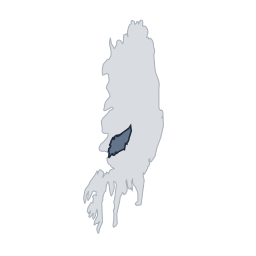 location of Húnavatnshreppur, Norðurland vestra, Iceland, rotated 279°
{"feature_id": "244011B27584551294957", "entity_name": "Húnavatnshreppur", "entity_type": "district", "adm_level": 2, "iso_a3": "ISL", "parent_name": "Iceland", "parent_adm1": "Norðurland vestra", "projection": "equal_earth", "projection_center": [-19.834, 65.207], "detail": "fine", "context": "in_parent", "style": "filled", "palette": "slate", "viewbox_px": 256, "rotation_deg": 279, "n_neighbors": 0, "source": "geoboundaries", "source_scale": "gbopen_adm2", "svg_char_len": 6335}
<svg xmlns="http://www.w3.org/2000/svg" viewBox="0 0 256 256"><g transform="rotate(279 128 128)"><path d="M196.0,99.7L198.3,99.8L202.0,99.0L207.2,96.9L209.4,96.4L214.5,96.4L208.4,98.5L206.2,100.8L204.5,101.9L204.6,102.4L209.0,103.8L211.1,103.3L212.0,103.5L212.9,104.2L213.5,105.5L213.2,106.8L212.0,108.2L210.4,109.4L210.6,109.7L212.0,109.9L219.2,109.2L220.1,110.9L220.8,111.5L220.6,112.0L217.8,113.8L221.2,112.7L223.8,112.4L228.4,112.9L230.4,113.6L231.5,114.8L233.8,114.4L234.9,115.1L234.9,115.8L234.0,117.7L231.4,118.7L233.1,120.1L234.5,120.1L234.7,120.4L234.6,121.3L232.6,122.2L236.1,123.3L236.6,123.7L236.4,125.0L235.9,125.7L234.8,126.1L232.4,126.2L230.8,126.7L231.4,127.4L231.0,129.6L229.2,131.3L227.4,132.2L225.6,132.8L220.5,132.2L220.8,133.7L219.1,134.6L219.4,135.4L220.1,135.8L219.8,136.8L217.6,138.9L216.0,139.6L212.8,140.4L208.3,142.3L203.5,142.2L192.0,145.0L187.5,146.4L179.5,150.9L176.0,152.0L170.1,152.6L152.3,155.5L150.4,157.3L150.3,157.7L151.1,158.4L149.8,159.6L147.1,160.5L145.8,160.5L143.6,159.7L143.3,160.1L144.2,161.0L135.5,162.6L123.4,161.8L112.7,159.6L104.2,159.1L98.2,156.1L98.0,155.6L98.7,154.7L100.8,154.3L99.8,153.4L96.2,155.0L95.0,155.0L93.5,154.3L93.4,153.7L90.4,153.4L85.2,151.5L84.9,151.1L86.1,150.5L85.9,150.3L83.0,150.4L78.9,152.2L54.6,152.9L53.8,152.0L52.9,148.5L53.8,147.1L54.8,147.2L57.6,149.2L64.1,148.1L66.7,147.3L69.2,145.5L70.6,144.9L72.7,142.5L74.7,141.1L78.8,140.4L75.1,140.0L69.0,141.9L66.9,141.9L67.9,141.0L70.0,140.1L68.6,140.0L68.0,139.6L68.0,138.7L69.1,137.3L76.3,134.8L74.7,134.3L69.6,136.3L66.0,136.9L63.0,136.0L61.6,134.9L61.7,134.4L63.5,132.9L63.2,132.6L62.0,132.4L58.9,131.1L53.8,131.2L41.3,130.4L31.8,132.3L29.6,131.4L27.8,129.5L28.2,128.8L29.8,128.4L34.5,128.4L41.3,127.5L44.4,126.4L45.6,126.7L46.2,127.3L50.4,126.4L52.6,125.5L56.4,125.9L70.5,125.4L72.3,124.1L73.1,122.7L72.8,122.3L67.6,123.7L66.4,123.7L60.4,123.0L58.3,122.1L59.0,121.5L62.2,120.1L70.3,117.7L71.5,117.2L71.6,116.6L68.4,115.6L62.3,115.9L60.8,114.7L55.8,114.0L52.4,114.4L50.7,113.7L30.8,117.5L24.4,115.8L19.8,115.5L19.4,114.9L22.2,113.3L24.0,113.0L25.8,113.1L29.3,114.3L31.7,114.6L28.8,112.9L28.7,111.3L27.7,110.9L26.9,109.8L27.3,109.5L30.9,109.7L36.6,111.6L39.5,111.2L43.2,110.0L34.9,109.4L32.5,107.9L34.3,107.1L38.6,107.2L33.9,104.7L33.7,104.2L34.5,103.1L40.5,104.1L37.4,102.6L37.3,102.3L38.2,102.0L38.7,101.1L40.2,100.7L43.2,101.0L47.9,102.8L48.5,103.2L48.6,105.0L50.5,104.7L52.7,105.0L54.5,103.8L55.8,104.1L56.7,105.1L56.5,107.5L57.8,106.7L60.0,106.6L60.4,104.7L60.0,103.1L52.9,101.3L50.2,100.0L50.5,99.6L51.9,99.2L59.4,98.9L56.2,98.1L55.4,97.4L49.8,97.7L47.0,97.3L46.9,96.9L48.0,96.4L51.5,95.2L58.0,95.1L60.6,95.4L65.6,98.0L69.5,99.1L76.2,102.7L80.5,104.1L80.7,104.4L80.0,104.8L78.3,105.3L80.8,105.9L82.4,106.9L82.5,107.3L81.0,110.2L79.4,111.2L75.4,110.6L76.3,111.5L79.2,112.5L79.8,113.1L79.4,113.6L80.7,113.5L81.2,113.8L80.5,115.4L79.8,116.0L82.2,116.4L83.8,117.2L85.8,120.6L86.9,118.0L87.4,117.0L88.4,116.7L89.6,114.1L92.3,112.5L94.8,111.9L97.4,113.7L99.2,113.9L101.2,110.7L101.4,108.3L100.9,105.7L101.2,103.9L102.5,102.8L104.2,102.5L107.7,103.6L110.7,106.1L115.2,108.9L118.3,109.6L118.9,109.5L119.4,108.6L119.0,104.9L120.4,103.0L124.1,102.5L129.7,100.7L131.0,100.7L133.8,101.7L138.8,105.4L142.3,107.1L144.2,109.9L145.0,110.4L145.8,109.5L145.8,108.3L141.5,102.6L141.4,101.8L141.8,101.2L149.5,101.5L151.2,102.2L156.6,105.4L159.2,104.1L164.3,100.3L166.1,100.4L170.6,101.9L172.4,101.8L177.5,100.4L178.6,98.6L176.2,95.0L177.1,94.3L181.9,93.4L187.1,93.6L192.6,96.9L192.8,98.5L196.0,99.7Z" fill="#d9dde1" stroke="#a8b0b8" stroke-width="1"/><path d="M111.8,129.4L113.8,129.5L114.3,130.1L116.8,130.6L118.4,130.6L121.1,131.1L124.4,131.5L125.5,131.7L130.8,130.2L127.7,128.8L127.7,128.7L127.4,128.5L127.3,128.4L127.3,128.2L127.1,128.1L125.5,126.5L121.7,122.7L121.2,122.6L121.0,122.4L120.9,122.4L120.7,122.3L120.7,122.2L120.8,122.2L120.7,122.2L120.6,121.9L120.4,121.8L120.3,121.7L120.2,121.6L120.1,121.4L120.2,121.5L120.2,121.4L120.3,121.3L120.2,121.2L119.9,121.0L119.8,120.9L120.0,120.9L119.9,120.8L120.0,120.8L119.9,120.8L120.0,120.7L119.8,120.5L119.7,120.4L119.4,120.3L119.3,120.2L119.2,120.1L119.0,119.9L118.8,119.8L118.7,119.7L118.4,119.5L118.3,119.4L118.2,119.4L118.0,119.2L118.0,118.9L118.6,119.1L119.0,119.1L119.4,119.0L119.0,118.0L118.7,118.0L118.7,117.9L118.5,117.7L118.6,117.4L118.5,117.2L118.3,117.0L118.2,116.9L117.9,116.5L117.3,116.2L117.2,116.2L116.7,116.2L116.4,116.1L115.8,116.3L115.7,116.3L115.1,116.2L114.8,116.1L114.7,116.0L114.7,115.9L114.8,115.9L114.8,115.7L114.9,115.4L114.9,115.2L115.0,115.1L115.3,115.2L115.9,115.1L116.1,115.0L116.2,114.9L115.8,114.7L115.6,114.6L115.7,114.4L115.4,114.3L115.2,114.3L115.1,114.2L114.6,114.1L114.3,114.1L114.1,114.0L114.0,113.9L113.9,113.9L113.8,114.0L113.7,113.9L113.5,113.7L113.3,113.7L113.2,113.6L112.7,113.4L112.3,113.4L112.1,113.4L111.9,113.4L111.5,113.4L111.5,113.2L111.3,113.2L111.0,113.1L110.9,113.1L110.6,113.2L110.1,113.2L109.7,113.0L109.5,112.9L109.3,112.9L109.2,112.9L109.1,112.7L108.9,112.7L108.7,112.6L108.4,112.5L108.1,112.7L108.0,112.8L108.2,113.0L108.4,113.0L108.5,113.0L108.4,113.1L108.1,113.2L108.0,113.3L107.7,113.7L107.6,113.8L107.4,113.8L107.4,113.7L107.2,113.7L106.8,113.6L106.7,113.6L106.4,113.5L106.3,113.4L106.1,113.4L105.9,113.3L105.9,113.2L105.6,113.0L105.2,113.0L105.2,112.9L105.2,112.7L104.8,112.4L104.6,112.3L104.2,112.5L103.7,112.5L103.3,112.5L103.2,112.5L103.3,112.3L102.1,112.2L102.1,112.3L101.9,112.5L101.7,112.8L100.8,113.1L100.3,113.2L99.4,113.3L98.3,113.4L97.3,113.4L96.9,113.4L96.7,113.4L96.4,113.4L96.5,113.5L96.7,113.4L96.8,113.4L96.9,113.5L97.0,113.6L97.1,113.8L97.1,114.0L97.0,114.4L97.0,114.5L96.8,114.6L97.1,114.7L97.3,114.8L97.9,115.0L98.1,115.1L98.3,115.3L99.0,115.5L99.3,115.7L99.3,115.8L99.5,115.9L99.6,116.0L99.8,116.2L99.7,116.3L99.8,116.3L99.9,116.5L100.0,116.6L100.0,116.8L100.1,117.0L99.8,117.0L99.7,117.1L99.4,117.1L99.2,117.3L99.0,117.6L98.9,117.7L99.0,118.0L99.2,118.3L99.1,118.5L99.1,118.8L99.2,119.0L99.3,119.1L99.6,119.1L99.8,119.2L100.1,119.3L100.8,119.5L101.1,119.5L101.2,119.4L101.4,119.4L101.7,119.3L101.8,119.4L101.9,119.5L102.0,119.6L101.9,119.7L101.9,119.8L102.0,119.9L102.1,120.0L101.9,120.1L102.0,120.2L101.8,120.3L101.1,120.7L101.1,120.8L101.3,121.0L103.2,122.5L104.8,124.8L106.0,126.5L106.4,127.1L106.1,127.9L112.3,127.9L111.8,129.4Z" fill="#64748b" stroke="#1e293b" stroke-width="1.5"/></g></svg>